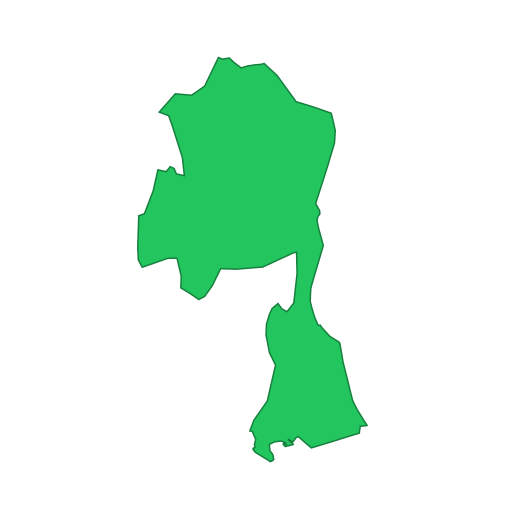 Wad Bandah, North Kordufan, Sudan (Equal Earth projection), rotated 163°
{"feature_id": "16777658B16794991274557", "entity_name": "Wad Bandah", "entity_type": "district", "adm_level": 2, "iso_a3": "SDN", "parent_name": "Sudan", "parent_adm1": "North Kordufan", "projection": "equal_earth", "projection_center": [27.688, 13.304], "detail": "fine", "context": "isolated", "style": "filled", "palette": "green", "viewbox_px": 512, "rotation_deg": 163, "n_neighbors": 0, "source": "geoboundaries", "source_scale": "gbopen_adm2", "svg_char_len": 3464}
<svg xmlns="http://www.w3.org/2000/svg" viewBox="0 0 512 512"><g transform="rotate(163 256 256)"><path d="M205.8,90.3L205.6,95.0L205.5,96.5L204.6,112.4L204.5,114.6L204.3,118.4L203.8,128.8L203.5,131.0L203.3,132.8L202.9,135.5L201.4,147.5L201.6,147.6L201.4,148.9L201.5,149.1L207.4,155.9L209.0,157.8L212.3,164.8L213.1,166.4L213.3,166.9L213.9,168.3L214.2,168.9L214.6,170.3L214.6,170.7L214.8,171.1L215.1,171.2L215.5,171.2L215.8,171.2L216.1,171.3L216.4,171.5L216.7,172.0L217.0,172.4L217.3,175.6L217.8,180.1L217.8,180.6L217.8,182.0L217.8,182.9L217.8,185.4L217.8,188.1L217.7,191.7L217.4,196.7L215.9,201.2L214.7,204.5L214.2,206.0L213.0,209.0L212.8,209.5L210.3,213.4L207.0,218.4L207.0,218.5L200.1,228.9L198.7,231.0L193.6,238.7L191.1,242.5L189.7,244.5L188.6,246.4L188.5,249.5L188.3,254.3L188.1,263.2L188.0,264.3L187.7,268.1L187.2,272.4L186.2,274.1L185.7,274.9L185.2,275.7L184.6,276.1L182.7,277.4L182.2,279.4L182.1,280.1L181.9,280.8L182.1,281.8L183.0,285.9L183.0,286.0L183.2,286.8L183.4,287.5L183.7,288.6L182.1,290.9L181.1,292.4L180.3,293.6L177.7,297.2L170.6,307.5L168.7,310.2L168.5,310.5L163.2,318.2L162.2,319.6L161.9,320.0L159.1,324.1L158.6,325.0L153.3,333.0L152.7,333.9L152.4,334.3L151.8,335.2L147.9,341.2L147.0,343.5L145.9,346.5L143.5,352.9L143.5,353.0L143.0,359.7L142.5,366.3L142.4,368.8L142.3,370.4L142.3,370.8L142.3,370.7L142.8,371.0L143.2,371.3L144.7,372.3L157.4,381.6L172.5,391.8L177.7,406.9L183.1,422.5L191.9,437.7L195.2,437.8L201.1,439.1L208.6,440.2L215.2,440.2L220.6,447.7L223.6,453.2L230.4,454.0L233.9,456.8L255.5,433.4L270.6,428.6L285.8,434.7L306.5,421.9L298.5,415.7L298.0,405.3L297.6,371.8L301.0,353.8L308.2,357.8L308.7,363.6L311.9,366.5L317.2,362.9L324.6,367.1L335.3,348.3L350.3,329.1L356.3,328.8L366.4,299.3L369.7,286.7L368.1,278.5L341.2,279.6L332.2,277.0L333.4,258.6L337.2,247.5L329.6,238.9L323.4,231.1L316.9,232.4L306.6,240.3L293.5,254.2L278.4,249.1L252.7,243.5L219.4,248.1L216.1,247.8L221.9,227.1L233.6,200.0L242.6,193.7L246.7,197.8L248.9,204.1L255.9,201.1L260.1,196.5L265.9,187.8L269.5,177.6L271.4,159.5L269.2,146.0L287.6,114.0L306.0,99.6L312.8,90.8L313.0,90.5L312.7,90.4L310.9,89.4L310.8,88.8L310.4,85.3L309.9,80.6L310.7,79.4L310.8,79.3L311.8,77.5L312.7,76.0L312.7,75.3L312.8,74.1L312.9,73.3L313.4,72.8L313.9,73.0L314.1,73.1L315.1,72.9L315.3,71.6L315.2,71.4L315.2,71.2L314.6,70.0L314.2,69.0L313.9,68.4L313.6,67.9L309.6,63.5L309.5,63.3L309.3,63.1L308.5,62.3L307.9,61.5L306.2,59.6L305.0,58.2L304.1,57.3L303.9,57.0L303.3,56.1L303.1,55.8L302.9,55.4L301.1,55.2L298.6,56.1L298.5,57.0L298.3,58.2L298.0,59.4L298.0,59.6L298.0,60.2L298.1,60.9L298.1,61.3L298.2,61.9L298.2,62.0L299.5,65.4L299.5,65.6L299.6,65.8L298.4,71.8L293.9,72.7L293.2,72.9L286.0,71.7L283.6,70.0L282.5,68.5L282.0,68.0L282.0,67.8L282.1,67.7L282.2,67.1L283.0,68.0L284.4,68.7L285.0,68.3L284.9,67.9L284.8,67.2L284.7,67.1L283.8,65.2L275.6,64.8L275.6,65.2L275.6,65.4L275.6,65.6L276.9,68.1L277.4,68.5L277.8,69.2L278.3,69.9L278.6,70.2L278.7,70.3L278.8,70.4L278.6,71.1L278.0,70.9L277.6,70.4L277.4,69.7L275.2,67.5L273.6,68.4L271.0,70.4L268.5,71.1L266.0,67.1L262.6,61.7L261.6,60.1L259.3,56.5L259.2,56.3L258.8,56.3L257.0,56.3L255.7,56.3L248.1,56.3L239.9,56.3L238.1,56.3L235.1,56.3L232.2,56.3L231.2,56.3L228.5,56.4L227.9,56.4L220.9,56.4L219.8,56.4L217.1,56.4L215.5,56.4L211.3,56.4L210.4,56.4L209.0,56.4L206.1,62.7L204.6,62.4L201.8,61.8L201.3,61.7L200.1,61.6L199.3,61.5L200.2,64.8L200.7,66.4L204.2,79.6L204.3,80.2L205.0,84.2L205.8,89.6L205.8,90.3Z" fill="#22c55e" stroke="#15803d" stroke-width="1.5"/></g></svg>